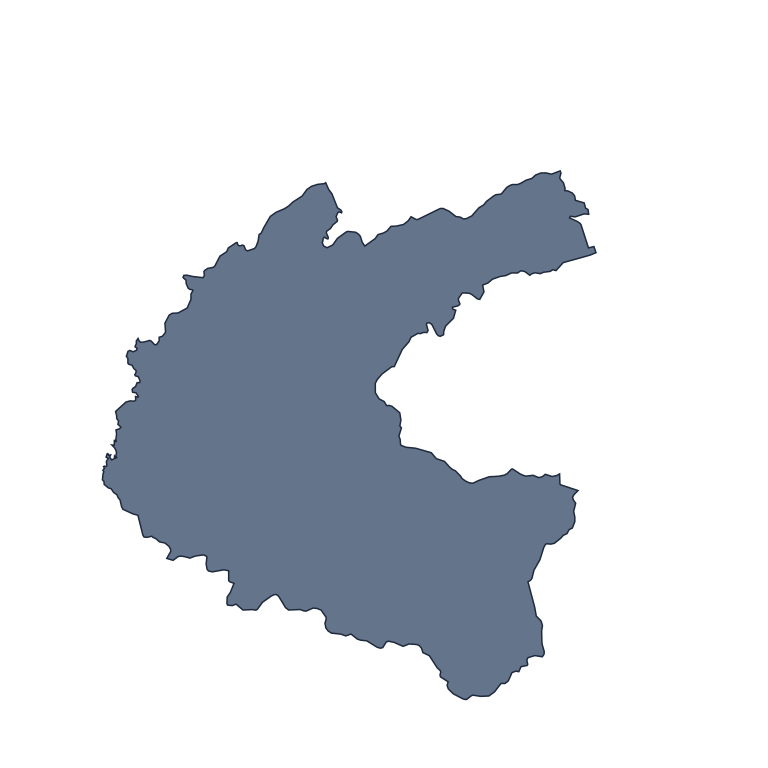 the district of Duc Trong, Lâm Đồng, Vietnam, rotated 22°
{"feature_id": "81297802B43116981701202", "entity_name": "Duc Trong", "entity_type": "district", "adm_level": 2, "iso_a3": "VNM", "parent_name": "Vietnam", "parent_adm1": "Lâm Đồng", "projection": "orthographic", "projection_center": [108.368, 11.695], "detail": "fine", "context": "isolated", "style": "filled", "palette": "slate", "viewbox_px": 768, "rotation_deg": 22, "n_neighbors": 0, "source": "geoboundaries", "source_scale": "gbopen_adm2", "svg_char_len": 6170}
<svg xmlns="http://www.w3.org/2000/svg" viewBox="0 0 768 768"><g transform="rotate(22 384 384)"><path d="M601.8,628.1L604.7,617.8L608.3,616.4L609.9,613.9L610.5,612.5L610.8,603.6L613.8,600.9L616.8,600.2L616.9,594.8L622.1,591.4L622.3,590.1L619.9,586.6L620.0,583.8L625.6,579.3L633.0,577.6L633.6,574.5L632.9,572.2L628.2,566.2L626.7,563.3L622.6,553.7L621.5,548.8L620.3,547.1L618.1,544.7L612.1,542.1L607.4,534.6L591.6,513.5L593.3,511.2L594.0,509.0L592.8,500.4L594.4,488.7L593.4,475.8L593.8,472.2L594.7,471.2L598.8,469.9L601.6,467.9L605.7,460.7L606.9,457.2L609.7,454.2L610.2,449.7L612.6,447.0L612.5,440.1L610.8,435.9L607.6,431.1L606.4,422.8L602.9,420.5L601.3,418.3L601.5,415.8L603.8,410.1L585.3,411.3L584.5,410.6L580.5,401.6L578.4,404.2L574.5,406.8L567.4,407.3L565.5,410.7L562.6,412.8L556.4,412.8L550.2,416.2L548.5,416.5L544.0,416.4L535.0,414.6L534.0,415.3L531.9,420.8L529.8,423.4L524.8,426.6L516.3,430.6L508.0,437.9L503.5,442.8L499.9,443.7L495.7,443.4L491.5,442.3L489.9,440.9L482.6,437.7L479.4,437.6L476.0,436.5L469.1,433.1L460.5,433.6L453.6,430.0L437.4,431.7L428.1,434.4L423.0,434.5L421.8,433.6L420.0,429.7L417.3,426.5L416.6,418.2L414.4,416.9L413.2,411.1L409.4,404.8L399.7,401.7L396.9,401.9L394.6,403.1L390.7,400.2L385.0,399.6L379.3,395.4L375.7,386.7L376.1,382.2L378.4,375.5L384.7,365.1L387.0,364.0L388.0,345.1L391.3,335.6L391.6,330.5L396.6,324.2L398.7,323.8L401.6,321.2L404.4,320.3L404.7,319.5L404.8,317.9L401.0,312.8L400.9,311.5L403.0,310.2L406.1,310.9L414.1,317.9L416.3,318.9L418.3,318.7L420.8,316.0L419.7,312.9L419.4,307.3L423.8,297.0L422.9,288.7L419.9,288.9L418.7,287.2L423.2,283.9L424.4,282.1L424.3,281.2L421.7,278.5L421.0,276.7L422.3,270.7L423.2,269.9L429.1,267.9L432.3,268.2L438.6,270.1L441.1,269.7L442.2,261.2L438.4,255.3L442.5,251.5L445.3,246.2L451.5,240.7L456.4,237.8L460.7,233.2L466.2,231.1L468.5,227.7L472.6,227.0L478.5,228.6L479.6,226.5L482.6,224.2L487.5,223.2L490.1,220.6L496.0,217.3L497.6,214.8L501.0,214.4L504.7,204.3L526.8,187.3L531.4,182.8L527.1,177.9L522.6,181.2L507.0,162.5L505.6,161.6L502.4,160.9L493.8,160.5L494.0,158.7L498.7,157.4L505.7,151.4L510.2,149.9L507.8,145.8L505.1,145.5L501.8,141.1L492.7,142.0L490.3,138.2L487.2,136.4L482.4,136.1L479.2,136.9L478.6,134.7L475.0,130.2L470.2,127.7L469.6,126.5L469.1,122.2L467.5,120.4L460.7,126.7L455.1,127.6L450.5,129.5L446.3,133.4L444.1,138.0L439.3,141.9L435.5,146.8L433.0,149.1L428.2,151.0L425.9,153.3L424.1,155.9L421.8,163.2L421.1,164.3L416.9,166.5L415.4,168.3L410.6,176.3L409.3,180.7L406.0,185.0L402.4,195.3L398.2,200.0L395.7,201.2L392.2,200.7L388.0,201.8L379.6,199.4L373.0,199.1L370.4,200.2L353.6,218.9L352.2,219.4L346.4,218.8L345.4,223.4L342.4,228.7L336.4,232.9L331.4,235.2L329.3,241.3L326.8,244.3L322.4,247.8L321.4,252.4L314.5,263.3L310.7,260.7L306.7,255.9L304.0,254.5L300.8,253.9L293.2,256.1L292.0,257.2L286.3,266.3L284.3,274.5L280.1,279.0L276.3,278.6L273.6,275.9L273.9,274.9L273.1,271.9L273.7,270.2L277.1,270.7L277.8,270.2L277.3,268.8L273.9,265.5L273.6,263.9L276.2,259.7L277.0,255.7L279.7,250.7L279.5,249.5L276.9,246.8L277.0,242.4L277.9,241.2L280.5,241.2L280.4,240.1L278.9,238.9L274.8,238.0L264.4,227.1L259.9,224.4L254.5,219.2L253.6,220.6L247.6,223.8L242.7,227.9L239.7,232.4L237.7,240.4L231.3,249.5L228.9,254.7L226.0,258.8L219.6,265.2L215.8,271.2L213.9,284.4L213.7,289.9L212.2,292.2L213.7,298.5L213.9,304.6L213.1,307.0L207.5,311.7L205.4,311.4L202.4,308.2L200.7,308.2L198.9,309.8L197.3,310.1L196.3,309.7L195.0,307.9L194.1,308.2L188.7,316.1L188.5,320.4L184.0,326.9L182.9,338.3L181.7,340.0L177.3,342.8L175.3,345.7L174.9,347.2L176.8,350.7L176.4,353.2L166.7,355.9L160.2,357.0L157.7,358.3L157.8,360.6L161.5,361.9L163.0,365.0L166.5,368.5L168.6,369.0L171.2,368.4L171.8,369.0L171.3,372.8L173.3,377.9L173.0,387.3L166.4,395.3L161.1,397.8L159.0,400.6L158.1,409.7L161.7,417.0L161.9,418.7L160.6,422.8L158.0,424.9L159.4,428.3L158.4,432.3L157.8,433.1L156.5,433.4L152.1,431.4L150.3,431.4L145.6,435.1L142.8,436.4L141.1,436.0L138.9,433.9L138.2,436.9L139.3,439.4L139.1,442.3L139.4,442.9L141.6,443.3L142.0,445.2L139.4,448.1L135.7,448.1L134.4,449.6L134.7,454.8L136.9,456.2L138.8,460.7L140.0,461.3L143.4,461.0L146.1,463.3L149.2,464.5L149.7,466.1L149.5,468.9L150.8,469.6L153.3,469.2L156.8,472.5L156.8,474.3L154.6,475.2L154.6,479.4L152.7,482.2L152.6,483.8L154.0,485.8L157.5,485.1L160.9,487.6L160.6,488.6L158.3,488.7L159.8,491.8L158.9,493.5L155.0,494.7L151.5,497.4L145.4,510.0L148.0,513.6L149.1,516.2L151.7,517.7L152.4,521.1L156.2,522.5L155.6,524.5L152.7,527.0L154.8,530.6L156.1,535.7L157.2,537.4L156.6,538.1L155.7,537.1L155.1,537.3L156.8,541.8L154.5,542.5L158.1,544.1L160.4,546.1L161.8,548.0L162.2,550.8L163.7,552.4L163.0,553.1L161.2,551.9L161.9,554.2L160.0,556.4L157.1,554.6L157.1,552.1L155.3,553.2L154.1,552.0L153.5,552.3L153.7,555.9L156.2,556.3L155.6,559.9L157.6,563.5L157.1,564.7L155.5,564.9L154.9,565.6L156.3,566.9L155.7,569.4L157.1,570.3L157.1,572.4L158.8,578.3L160.8,579.2L162.2,582.0L167.5,583.6L170.2,583.3L174.1,585.9L177.8,586.7L180.1,589.0L182.7,590.4L186.6,596.0L188.9,598.0L199.7,598.5L205.0,597.9L217.1,614.5L218.9,615.8L222.0,614.8L225.7,612.1L226.9,612.7L230.7,612.9L234.9,614.5L240.5,613.5L245.5,615.1L247.8,617.0L249.0,618.9L247.9,627.1L254.5,626.5L257.8,621.1L259.6,619.9L263.0,618.9L269.3,618.1L273.5,614.2L280.6,610.1L283.3,610.1L284.6,610.7L286.5,617.5L289.4,622.1L291.3,623.1L295.2,622.5L305.1,616.3L309.9,615.3L313.6,624.4L315.0,625.2L319.6,625.0L319.6,634.9L318.4,640.3L320.6,646.4L321.9,647.6L326.4,646.3L329.3,643.5L337.9,646.4L346.4,642.5L349.9,641.7L351.0,640.4L353.1,631.9L358.8,623.0L360.8,620.7L362.7,619.6L364.6,619.8L366.7,620.9L376.4,628.2L380.2,629.3L390.8,624.5L394.8,624.4L396.8,623.8L402.2,618.3L406.1,617.2L410.4,617.2L417.7,622.0L418.4,623.3L418.9,627.9L421.4,631.9L424.7,633.9L428.5,634.7L437.6,632.1L442.9,631.9L447.1,628.2L454.7,630.5L458.2,630.3L464.2,628.6L475.9,630.6L479.4,630.4L481.6,628.9L482.7,622.6L484.2,620.9L490.1,619.8L500.0,620.1L504.7,615.6L512.0,613.3L514.5,613.2L517.7,614.9L520.7,618.5L527.8,618.9L539.8,627.3L543.8,628.8L544.6,630.1L544.9,632.8L546.1,634.4L555.0,636.1L555.4,639.8L557.8,642.6L564.3,645.3L575.3,646.4L578.2,645.9L579.0,645.2L581.6,640.6L583.0,639.2L590.6,637.4L598.1,634.0L601.8,628.1Z" fill="#64748b" stroke="#1e293b" stroke-width="1.5"/></g></svg>